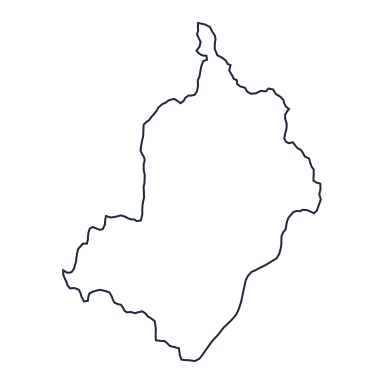 the district of Pimenta, Minas Gerais, Brazil
{"feature_id": "56859067B10371022506312", "entity_name": "Pimenta", "entity_type": "district", "adm_level": 2, "iso_a3": "BRA", "parent_name": "Brazil", "parent_adm1": "Minas Gerais", "projection": "orthographic", "projection_center": [-45.839, -20.515], "detail": "fine", "context": "isolated", "style": "outline", "palette": "slate", "viewbox_px": 384, "rotation_deg": 0, "n_neighbors": 0, "source": "geoboundaries", "source_scale": "gbopen_adm2", "svg_char_len": 3051}
<svg xmlns="http://www.w3.org/2000/svg" viewBox="0 0 384 384"><path d="M63.3,275.0L64.9,278.8L66.6,282.2L67.4,285.2L69.8,288.3L74.8,288.1L78.9,289.8L80.5,293.1L81.6,297.0L84.0,301.4L87.9,300.8L88.4,296.5L89.4,293.5L92.7,291.7L95.9,290.8L99.8,289.8L104.6,290.8L109.6,292.5L111.7,296.4L112.8,299.4L114.2,302.4L117.6,304.1L121.1,304.8L123.0,307.7L124.4,310.6L126.8,312.3L131.2,312.0L134.8,313.2L137.7,312.4L142.2,311.3L145.3,313.3L147.6,316.2L151.1,318.4L154.8,321.2L155.3,325.3L155.8,328.3L155.8,331.7L155.6,336.4L156.0,340.3L159.9,340.8L164.7,341.1L167.4,343.5L169.8,345.9L174.2,347.1L178.9,348.3L179.8,355.1L181.5,359.6L184.9,360.1L188.1,360.1L191.4,360.6L195.1,361.0L199.5,358.6L202.5,354.8L204.9,351.2L207.6,347.5L210.1,344.0L212.9,340.3L216.4,336.6L219.2,333.4L221.7,330.1L223.9,327.3L226.9,324.6L230.1,321.5L233.0,318.4L236.2,314.6L238.1,310.6L239.6,306.7L241.2,301.5L242.3,296.3L243.1,292.4L244.0,288.4L244.9,283.7L245.9,279.9L248.0,275.8L251.4,272.0L255.3,270.3L259.2,268.1L262.7,266.5L266.2,264.7L269.8,262.5L272.7,260.7L276.5,258.4L279.3,253.8L280.3,250.0L281.3,245.3L281.4,239.8L281.5,236.2L283.2,232.3L285.7,229.2L286.3,225.2L287.0,221.5L288.3,218.1L290.6,215.3L293.4,212.0L296.6,211.0L300.1,211.2L302.7,209.8L307.2,210.1L311.0,211.8L314.0,213.2L316.8,210.7L318.5,205.9L320.8,199.6L319.3,194.4L320.5,188.7L320.3,183.6L316.6,182.7L313.4,180.5L313.7,174.5L313.7,169.6L311.6,166.7L310.4,163.3L309.1,158.6L304.7,156.4L302.7,152.5L300.8,149.8L298.0,148.6L295.3,145.6L292.8,142.2L288.7,143.2L285.8,141.7L284.3,138.3L285.0,134.3L285.9,131.1L286.6,127.9L286.6,123.4L285.1,118.5L285.1,115.0L287.1,111.4L289.0,109.1L286.0,106.6L284.0,103.0L283.5,100.0L280.4,96.8L275.9,94.1L273.0,89.4L268.6,88.5L266.0,91.4L260.7,90.9L255.9,93.3L251.1,93.8L247.2,91.6L244.9,87.8L240.1,86.3L237.1,83.9L236.8,80.1L233.8,78.9L232.1,75.4L229.2,70.6L230.5,65.1L227.6,63.9L225.9,60.7L222.4,57.9L217.3,55.2L214.7,48.8L214.8,43.4L215.6,38.7L214.7,35.3L212.2,31.5L209.9,27.0L205.1,24.5L201.3,23.7L198.1,23.0L197.9,27.6L198.2,30.7L197.0,34.1L198.4,37.5L200.6,41.9L199.5,46.8L196.5,50.6L199.1,53.7L202.6,55.5L206.4,55.7L207.0,59.7L203.2,61.2L201.3,66.3L200.3,71.8L199.5,76.2L197.8,80.3L198.0,86.1L196.9,91.4L194.7,94.8L191.5,95.5L188.4,95.6L185.4,97.7L183.5,101.1L180.5,103.2L177.7,101.1L174.1,98.9L168.7,100.3L165.6,102.7L162.3,104.1L158.4,107.5L156.5,111.0L153.5,114.6L151.2,117.2L149.5,119.8L146.3,122.1L143.6,124.8L143.4,130.7L143.2,135.9L142.2,140.2L141.3,145.0L140.5,150.5L142.0,154.0L143.9,156.8L144.7,160.1L143.7,164.2L143.7,169.7L144.7,175.0L144.5,182.6L143.6,187.1L143.9,191.9L144.0,197.5L143.2,201.4L142.5,205.0L142.3,209.3L142.3,214.6L140.9,220.4L136.8,221.1L134.3,219.5L130.8,219.3L127.6,218.1L124.9,216.6L121.0,215.4L115.5,216.8L110.7,217.5L106.0,216.0L105.3,219.3L104.9,224.5L102.8,229.0L100.0,229.9L96.1,228.4L92.5,226.9L89.7,228.8L88.5,232.5L88.0,236.2L87.9,239.5L86.9,243.6L82.9,243.6L80.2,246.7L78.1,249.1L77.2,252.8L76.5,257.1L76.2,260.7L75.4,263.8L74.0,268.7L71.4,272.3L67.3,272.8L63.2,270.3L63.3,275.0Z" fill="none" stroke="#1e293b" stroke-width="2"/></svg>